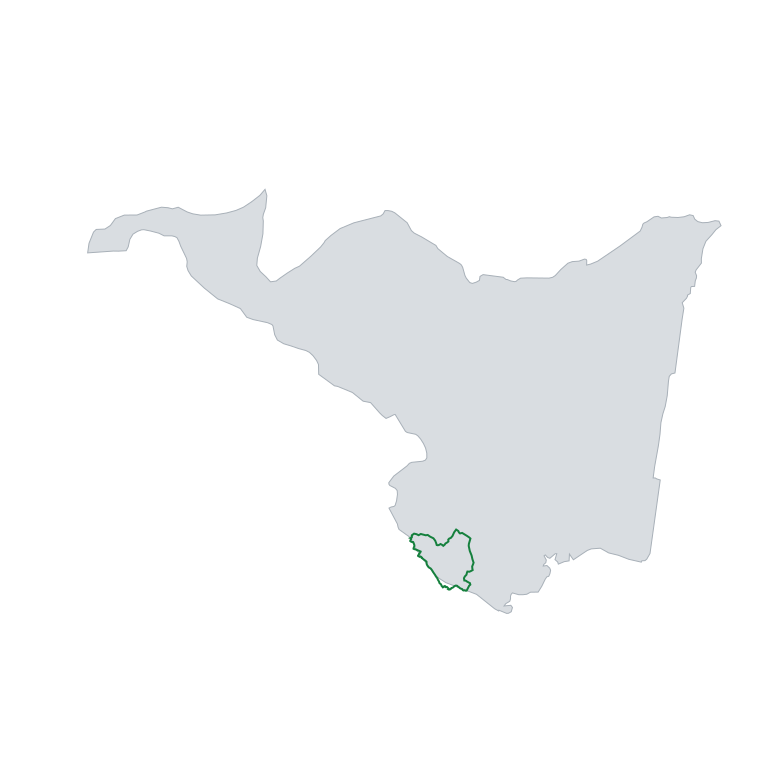 Manyu, Sud-Ouest, Cameroon (highlighted), rotated 278°
{"feature_id": "32672807B1261524164639", "entity_name": "Manyu", "entity_type": "district", "adm_level": 2, "iso_a3": "CMR", "parent_name": "Cameroon", "parent_adm1": "Sud-Ouest", "projection": "albers", "projection_center": [9.296, 5.93], "detail": "fine", "context": "in_parent", "style": "outline", "palette": "green", "viewbox_px": 768, "rotation_deg": 278, "n_neighbors": 0, "source": "geoboundaries", "source_scale": "gbopen_adm2", "svg_char_len": 6436}
<svg xmlns="http://www.w3.org/2000/svg" viewBox="0 0 768 768"><g transform="rotate(278 384 384)"><path d="M175.2,529.2L176.8,524.9L188.6,504.9L195.9,472.9L199.3,465.4L202.8,460.4L219.9,443.3L226.2,437.9L235.5,431.7L242.0,419.2L244.3,417.8L247.2,416.8L261.8,406.2L263.2,408.2L264.1,410.8L265.2,411.9L270.0,412.7L276.5,412.7L280.3,411.9L282.3,409.7L284.3,403.9L285.5,402.8L287.0,402.5L294.2,406.5L306.0,418.1L309.0,420.2L310.3,422.4L312.9,433.0L314.4,435.6L316.9,436.7L321.5,436.0L326.3,434.1L330.5,431.4L334.6,427.9L337.4,424.7L338.6,422.4L339.2,413.7L340.1,411.8L355.4,399.3L355.0,398.1L352.5,394.6L350.2,390.8L352.5,386.8L354.8,383.7L363.7,373.3L364.1,365.7L371.2,353.9L375.2,338.2L375.3,335.2L384.5,318.0L394.2,316.4L397.9,314.0L402.2,309.7L405.0,305.7L406.3,301.9L407.2,294.6L408.8,286.3L409.9,279.1L412.7,272.3L417.6,268.9L426.0,266.0L427.3,264.7L428.5,260.2L429.6,245.4L431.0,238.8L438.7,231.3L442.1,219.7L445.1,207.5L453.9,192.8L464.2,178.1L469.0,174.2L473.0,172.3L477.7,172.1L480.9,171.0L492.0,163.6L496.7,161.1L500.1,158.6L500.9,156.4L501.2,153.2L500.1,145.7L502.0,140.1L503.0,131.6L503.4,124.9L503.0,122.6L500.9,118.7L497.5,114.6L491.9,112.2L484.2,111.6L480.1,110.1L478.6,102.5L478.0,97.6L472.6,72.3L482.3,72.3L494.0,75.2L497.0,77.5L498.6,86.1L502.9,91.0L510.4,95.0L515.1,103.3L517.0,116.0L521.2,123.5L522.1,124.7L528.1,139.0L528.5,145.6L528.0,150.1L530.4,155.6L527.0,165.1L525.9,170.9L525.7,179.0L528.0,193.3L531.5,204.4L535.3,213.3L539.5,220.2L546.3,227.8L553.5,234.8L560.2,239.1L554.1,241.8L542.1,242.3L535.2,240.9L531.9,240.8L528.6,241.8L515.9,243.2L503.0,242.7L491.0,241.1L483.7,241.5L478.2,245.8L473.7,252.2L469.4,257.4L471.0,263.0L474.2,266.1L480.5,272.9L486.1,279.5L488.9,283.9L500.1,293.6L510.9,302.2L516.0,305.2L517.8,305.8L523.7,310.8L531.8,318.9L539.4,331.7L550.0,357.4L552.3,359.5L555.9,360.9L556.3,363.6L556.1,367.6L555.0,370.9L546.9,384.5L539.7,389.8L537.6,393.0L534.9,400.8L528.4,416.2L525.6,418.4L519.1,428.9L513.9,442.1L512.6,444.1L510.4,445.7L502.8,449.0L500.3,450.7L496.4,454.8L495.9,457.5L497.7,461.2L499.9,464.1L503.9,464.1L506.1,466.9L506.3,487.2L504.5,490.3L504.6,491.6L503.7,495.1L503.5,499.0L504.1,500.6L505.6,501.8L507.8,504.5L509.0,510.8L511.8,532.7L513.1,536.1L515.2,538.5L522.0,543.2L529.2,549.3L531.4,553.4L532.8,560.0L535.6,565.2L535.5,566.9L534.4,567.6L530.0,568.1L531.5,571.9L535.3,578.4L553.5,598.5L571.1,616.4L575.2,617.7L578.3,618.1L579.6,619.1L581.2,621.7L587.1,628.2L588.2,632.0L587.0,635.6L588.3,641.3L589.4,643.3L589.1,645.1L589.8,652.0L591.4,658.0L594.1,663.1L593.8,666.7L590.5,668.8L588.5,672.1L588.0,676.8L589.1,682.5L591.8,689.1L591.9,693.0L587.7,695.7L583.0,691.2L577.8,688.1L570.1,682.9L562.3,681.0L552.2,680.8L547.9,681.5L540.4,677.2L538.0,676.6L534.7,678.5L532.4,678.6L529.6,677.9L523.9,678.0L523.3,674.9L522.3,674.3L516.2,674.7L514.2,672.1L513.4,672.4L511.0,671.6L506.0,668.0L500.8,670.4L490.0,670.2L435.4,670.6L434.0,667.2L431.3,665.4L426.4,665.3L411.9,666.1L400.8,665.6L393.3,664.3L384.1,663.6L372.7,664.3L360.9,664.3L340.0,663.5L328.4,663.6L328.7,665.7L328.0,667.2L327.4,670.9L253.2,671.0L247.2,668.6L245.4,667.0L244.8,663.9L243.4,663.6L244.5,650.7L247.0,640.0L248.0,630.0L251.5,621.1L249.6,612.3L247.5,608.5L236.3,596.0L241.4,591.3L234.6,591.9L233.2,587.3L229.9,581.7L231.9,580.8L233.9,577.8L240.0,578.7L239.8,577.2L234.5,572.5L235.0,570.2L237.2,567.5L236.1,566.4L232.3,569.2L229.6,569.1L227.5,567.3L225.9,567.0L226.9,570.6L224.7,573.8L222.7,574.9L219.3,574.7L216.5,573.9L215.7,572.1L213.1,570.8L205.7,568.4L199.4,565.6L198.2,558.0L195.7,554.7L194.7,551.0L194.1,546.8L195.0,540.2L193.4,539.2L191.6,538.8L188.9,539.2L186.4,538.8L183.5,535.2L180.9,533.8L182.5,540.4L180.6,542.3L176.2,541.7L174.3,539.2L173.9,537.4L176.0,529.3L175.2,529.2Z" fill="#d9dde1" stroke="#a8b0b8" stroke-width="1"/><path d="M238.1,432.7L237.7,432.9L237.3,432.6L237.1,432.6L237.0,432.8L236.6,432.7L236.0,432.9L235.8,432.8L235.6,432.4L235.4,432.2L235.1,431.7L235.0,432.1L234.6,432.2L234.3,432.2L234.1,432.4L233.5,432.1L233.1,432.1L232.7,431.9L232.4,431.8L232.2,431.8L231.8,432.6L231.5,433.0L231.5,433.5L231.4,433.9L231.5,434.1L231.6,434.8L231.4,435.0L230.4,435.6L229.1,436.3L228.3,436.6L227.5,436.6L226.8,436.4L225.3,436.1L224.9,436.2L224.7,436.9L224.7,437.1L224.7,437.3L224.6,437.8L224.7,438.1L224.6,438.4L224.3,439.2L224.2,439.9L224.0,440.0L223.9,440.1L223.9,440.6L223.9,441.1L223.2,443.6L222.6,443.5L220.9,442.6L220.6,442.3L220.1,442.3L219.6,442.0L218.8,441.6L218.6,441.6L218.3,441.9L218.2,443.0L217.9,443.2L218.1,443.5L218.1,443.9L218.1,444.2L218.1,444.5L217.9,445.0L217.7,445.1L217.3,445.2L217.2,445.3L217.4,445.5L217.3,445.8L217.0,445.8L216.5,446.5L215.6,448.1L215.3,448.5L215.1,449.1L214.0,450.8L213.4,450.9L213.1,451.0L212.7,451.1L212.0,451.2L211.1,451.6L209.7,452.7L209.3,453.2L208.7,453.7L208.2,454.9L207.8,455.9L206.9,456.9L205.3,458.3L205.2,458.3L203.5,459.8L203.2,460.1L201.9,461.3L201.5,461.5L199.5,463.3L199.3,463.7L198.8,464.0L198.3,464.3L197.8,464.5L195.9,466.1L194.9,466.4L194.4,466.9L193.5,468.4L192.0,469.2L191.4,470.2L190.9,470.4L190.8,470.5L191.2,471.3L191.5,471.6L192.2,471.8L192.3,472.0L192.3,472.7L192.1,472.9L191.5,473.4L191.4,473.5L191.4,473.8L191.8,474.3L191.8,474.5L191.4,475.1L190.1,476.8L189.9,476.7L189.6,476.3L189.5,476.5L189.5,476.9L189.6,477.6L189.8,477.9L189.8,478.0L190.3,478.4L190.5,478.8L191.4,479.2L191.7,480.1L192.1,480.6L192.7,481.2L193.2,481.5L193.7,482.1L193.8,482.1L194.1,482.6L194.4,483.2L194.4,484.2L194.3,484.6L193.7,485.2L193.5,486.0L192.7,487.1L192.3,487.8L192.2,488.2L192.0,488.7L191.9,489.6L191.7,489.9L190.9,490.7L190.7,491.1L190.6,491.6L190.9,492.5L190.9,493.0L190.7,493.5L190.7,493.9L190.9,494.6L196.1,496.4L197.3,497.4L197.7,497.2L198.7,496.9L198.9,496.4L200.0,493.5L200.4,492.9L200.7,491.9L200.6,490.9L202.8,490.2L203.1,490.3L204.6,490.8L205.2,491.2L206.6,492.2L208.7,492.4L209.9,492.7L210.0,494.7L211.0,496.3L212.1,497.7L213.8,497.1L215.6,496.7L218.4,497.4L219.2,497.5L219.5,497.6L222.7,496.0L226.4,494.6L230.6,492.2L235.5,490.4L237.5,490.3L243.0,491.1L243.9,489.8L245.2,487.2L245.4,486.7L247.4,482.1L246.6,480.1L247.4,478.9L248.8,478.0L249.9,475.7L246.9,474.1L243.1,473.0L240.9,471.6L240.0,470.1L238.9,469.3L237.0,469.7L235.5,468.2L234.7,467.1L233.1,466.3L232.0,465.2L232.6,464.4L233.4,462.3L232.1,460.6L231.8,459.6L231.9,458.6L233.7,457.8L236.0,456.5L238.1,454.4L239.3,450.8L240.6,448.3L240.0,446.4L240.6,441.3L239.1,439.3L239.8,437.1L240.0,434.6L239.2,433.8L238.3,432.8L238.1,432.7Z" fill="none" stroke="#15803d" stroke-width="2"/></g></svg>